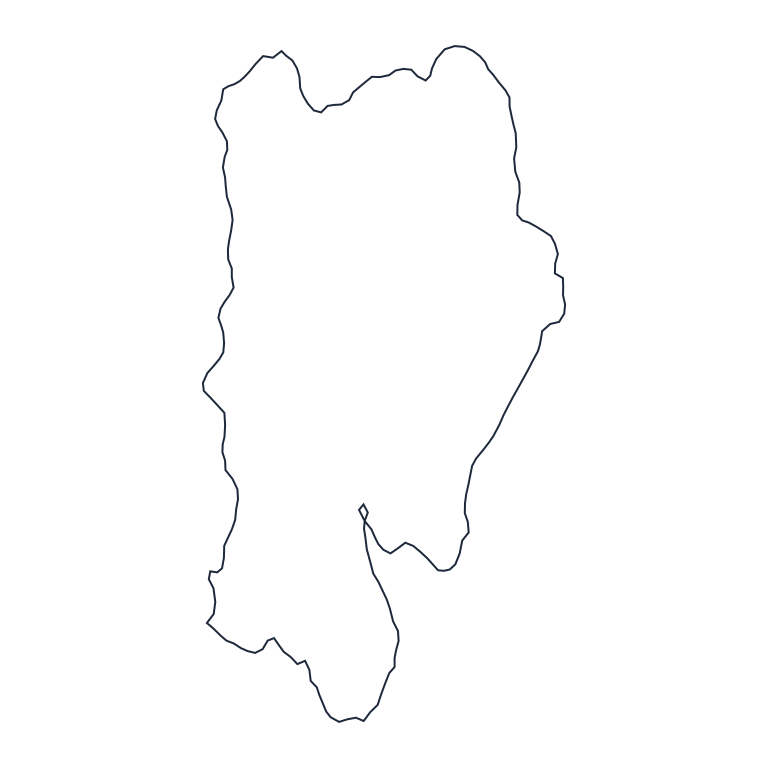 the district of Felício dos Santos, Minas Gerais, Brazil
{"feature_id": "56859067B15462211788093", "entity_name": "Felício dos Santos", "entity_type": "district", "adm_level": 2, "iso_a3": "BRA", "parent_name": "Brazil", "parent_adm1": "Minas Gerais", "projection": "equal_earth", "projection_center": [-43.242, -18.147], "detail": "fine", "context": "isolated", "style": "outline", "palette": "slate", "viewbox_px": 768, "rotation_deg": 0, "n_neighbors": 0, "source": "geoboundaries", "source_scale": "gbopen_adm2", "svg_char_len": 2823}
<svg xmlns="http://www.w3.org/2000/svg" viewBox="0 0 768 768"><path d="M297.4,664.1L305.1,660.8L309.4,669.9L310.7,680.9L316.8,687.3L319.3,694.9L322.9,703.5L326.1,711.4L330.6,717.2L339.1,721.9L347.4,719.3L356.0,717.7L363.7,721.0L370.2,712.2L377.7,704.8L381.4,693.6L385.4,682.8L389.3,673.0L394.6,667.0L394.6,657.9L396.2,649.7L398.6,641.0L398.0,631.1L393.1,621.4L389.9,608.6L386.8,599.6L383.2,592.0L378.3,581.7L373.3,573.7L370.5,562.9L366.8,549.3L365.3,536.9L364.0,528.6L364.7,521.0L371.4,529.3L375.1,537.7L378.3,544.0L383.4,549.8L390.5,553.4L397.2,548.8L405.3,542.7L413.2,545.9L420.3,551.8L427.4,558.4L433.5,565.2L438.1,570.3L444.0,570.8L449.8,569.5L455.4,564.2L459.7,553.4L462.2,540.6L468.7,532.4L467.8,521.9L464.8,513.1L465.0,503.3L466.2,494.2L468.4,484.7L470.3,475.0L472.1,465.9L476.1,458.5L482.9,450.3L488.8,442.7L493.4,436.0L499.3,424.9L503.6,415.0L508.6,405.3L513.1,396.8L518.1,387.9L523.0,379.1L527.7,370.6L532.4,361.4L537.9,351.3L540.0,344.1L542.2,331.1L550.2,324.0L559.1,321.9L564.2,313.7L565.1,304.6L563.0,295.1L563.2,287.5L562.9,278.1L554.9,273.4L555.2,263.6L557.9,254.0L554.9,243.7L551.0,236.1L543.5,231.1L535.1,226.0L528.7,222.5L522.2,220.4L517.3,214.9L517.5,205.0L519.7,192.4L519.3,182.6L515.3,171.7L514.1,158.5L516.3,147.3L515.7,133.2L513.2,123.5L511.4,115.3L509.6,106.6L509.5,97.5L505.5,90.4L498.6,82.1L493.1,74.7L488.2,69.2L485.2,62.3L480.1,56.4L473.0,50.9L464.5,46.9L454.6,46.1L444.7,49.3L436.3,59.0L432.0,68.4L430.2,75.8L425.6,80.5L417.5,76.3L411.3,69.7L403.3,68.9L395.5,70.5L389.0,75.2L379.8,77.1L371.8,76.8L364.7,82.6L357.9,88.3L353.0,92.5L349.2,100.1L341.5,104.5L334.4,104.9L327.6,105.9L321.1,112.4L313.8,110.4L307.8,103.6L303.2,95.9L300.2,88.3L299.5,77.1L297.0,68.4L292.4,60.5L286.0,55.6L281.5,51.1L273.0,57.7L263.1,56.1L255.4,64.2L249.7,71.3L244.6,76.8L239.9,81.0L234.3,84.2L228.4,86.2L223.2,89.3L221.3,100.7L216.8,110.3L215.1,119.0L218.0,126.1L222.3,132.3L226.9,141.2L227.3,149.9L224.7,156.8L222.9,167.5L225.1,177.5L225.7,185.8L226.9,196.8L231.2,209.6L232.6,219.9L231.2,230.2L229.1,240.8L227.9,249.3L228.2,259.3L231.8,268.6L231.8,277.1L233.6,287.6L229.4,295.4L224.7,301.7L220.5,308.7L218.4,317.9L221.0,325.0L223.2,332.4L224.1,343.1L223.3,352.3L219.5,358.9L213.7,365.9L207.4,373.0L202.9,383.0L203.8,390.9L209.4,396.6L216.5,404.2L224.4,412.9L225.1,424.9L224.5,436.8L222.7,444.3L222.4,452.2L225.1,460.6L225.5,470.1L232.5,478.9L237.4,489.2L238.0,499.1L236.2,509.1L235.2,519.8L231.9,529.3L228.1,537.4L224.2,545.9L223.9,557.9L222.0,568.4L217.1,572.4L210.3,571.3L208.8,579.2L213.5,588.3L215.3,602.0L213.7,614.0L206.9,623.0L213.7,628.8L220.6,635.6L226.4,640.6L233.8,643.5L240.9,648.1L247.4,651.0L255.1,652.9L262.6,649.2L267.7,640.6L274.0,638.1L278.0,643.9L283.7,651.8L290.8,657.1L297.4,664.1ZM364.7,521.0L359.0,509.9L363.5,504.4L367.8,512.5L364.7,521.0Z" fill="none" stroke="#1e293b" stroke-width="2"/></svg>